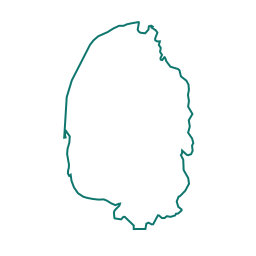 the Administrative County of Norfolk, rotated 260°
{"feature_id": "GBR-2319", "entity_name": "Norfolk", "entity_type": "Administrative County", "adm_level": 1, "iso_a3": "GBR", "parent_name": "United Kingdom", "parent_adm1": "", "projection": "orthographic", "projection_center": [0.894, 52.67], "detail": "fine", "context": "isolated", "style": "outline", "palette": "teal", "viewbox_px": 256, "rotation_deg": 260, "n_neighbors": 0, "source": "natural_earth", "source_scale": "10m", "svg_char_len": 1629}
<svg xmlns="http://www.w3.org/2000/svg" viewBox="0 0 256 256"><g transform="rotate(260 128 128)"><path d="M41.4,99.1L42.2,99.0L47.4,99.5L49.4,100.8L53.0,106.0L54.9,107.0L54.9,105.5L54.2,102.2L56.8,98.3L60.2,94.5L61.9,91.7L62.6,86.5L64.3,80.8L66.3,75.6L68.1,72.0L72.5,67.4L78.8,64.5L85.7,63.2L91.9,63.4L91.0,61.8L93.6,60.9L96.4,61.6L99.2,62.8L102.0,63.5L112.8,63.5L117.9,64.8L123.8,67.7L129.8,69.2L135.6,66.5L134.3,65.5L132.8,64.9L131.2,64.7L129.5,64.9L129.5,63.5L169.0,73.0L184.6,80.9L216.6,105.1L220.4,109.4L223.5,114.6L226.0,124.6L228.5,130.7L230.2,136.9L229.4,141.5L230.3,144.7L230.5,148.9L230.5,156.6L230.3,157.0L229.8,157.0L223.1,154.6L221.1,155.3L219.6,156.9L218.3,161.4L221.3,165.2L224.5,166.2L224.8,168.4L223.6,169.9L222.8,168.7L219.4,172.3L216.8,173.5L211.3,170.2L209.6,170.1L208.2,171.8L207.8,174.4L204.4,172.8L201.2,174.2L197.4,172.8L194.1,174.2L191.2,172.1L189.6,172.1L189.0,173.6L191.4,176.1L191.0,176.7L187.2,177.3L181.0,180.4L177.5,187.3L175.9,188.7L169.6,189.1L164.5,193.7L160.3,195.1L155.0,194.6L150.1,192.8L144.0,192.7L138.6,190.9L130.6,193.9L125.1,189.2L118.7,189.1L113.0,186.4L106.5,189.3L101.8,189.7L99.5,188.0L94.3,187.7L91.3,185.6L90.8,182.6L91.4,181.2L96.4,177.4L93.7,176.8L92.1,175.4L87.2,176.9L76.9,175.5L68.3,178.6L62.5,178.4L56.2,173.4L51.9,167.4L51.6,165.9L47.2,163.2L41.7,163.8L38.6,166.5L37.5,166.5L35.0,162.3L35.3,160.5L33.7,159.2L33.1,154.6L34.4,150.9L33.0,148.4L33.4,145.8L36.6,143.2L36.8,142.3L28.9,136.1L28.9,134.7L31.2,131.8L30.6,129.5L25.5,127.6L27.5,116.1L31.0,116.7L41.0,109.4L41.3,108.1L39.2,105.3L41.0,100.1L41.4,99.1L41.4,99.1Z" fill="none" stroke="#0f766e" stroke-width="2"/></g></svg>